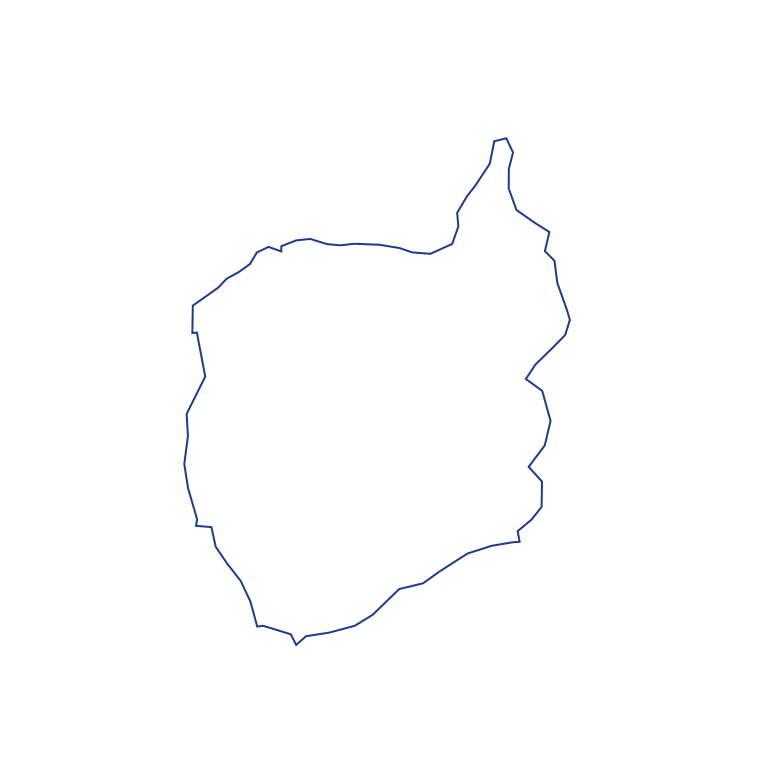 outline of Silikou, Limassol, Cyprus, rotated 215°
{"feature_id": "46923920B81520902942446", "entity_name": "Silikou", "entity_type": "district", "adm_level": 2, "iso_a3": "CYP", "parent_name": "Cyprus", "parent_adm1": "Limassol", "projection": "equal_earth", "projection_center": [32.888, 34.83], "detail": "fine", "context": "isolated", "style": "outline", "palette": "blue", "viewbox_px": 768, "rotation_deg": 215, "n_neighbors": 0, "source": "geoboundaries", "source_scale": "gbopen_adm2", "svg_char_len": 1174}
<svg xmlns="http://www.w3.org/2000/svg" viewBox="0 0 768 768"><g transform="rotate(215 384 384)"><path d="M456.6,160.0L443.3,167.8L428.6,154.2L409.4,146.9L388.4,140.5L368.8,129.3L348.7,112.6L344.3,116.6L316.9,125.5L306.3,119.9L303.2,132.7L286.4,148.8L269.2,169.3L261.0,188.2L253.9,224.8L237.7,243.1L231.1,262.0L218.4,293.0L203.2,313.0L188.0,328.0L182.4,332.5L190.1,340.1L185.4,357.5L184.4,373.7L198.6,394.7L218.0,399.1L217.1,425.9L226.4,449.3L250.4,469.1L270.7,469.5L271.1,486.9L266.6,510.7L263.7,528.1L268.5,543.1L277.0,549.9L299.9,566.1L315.0,582.7L328.4,585.1L335.7,603.3L353.1,602.5L364.6,602.5L375.3,602.5L394.1,615.8L405.2,632.0L411.1,647.7L424.8,655.4L426.9,653.0L432.9,646.1L423.7,625.1L423.0,598.8L423.3,593.1L423.7,585.5L422.2,566.1L413.4,555.6L408.5,537.8L420.7,517.2L436.6,507.9L449.2,504.3L467.7,495.4L489.1,481.6L499.1,472.7L510.9,465.9L527.5,460.6L538.3,451.3L547.1,438.0L544.2,433.7L557.2,430.1L559.1,426.8L563.6,418.7L562.6,405.5L567.1,392.6L573.3,380.0L575.1,367.8L579.6,355.1L585.6,338.6L570.2,315.8L566.8,318.8L534.7,287.6L528.5,246.3L514.7,228.8L501.7,203.9L484.8,186.3L459.4,165.9L456.6,160.0Z" fill="none" stroke="#1e3a8a" stroke-width="2"/></g></svg>